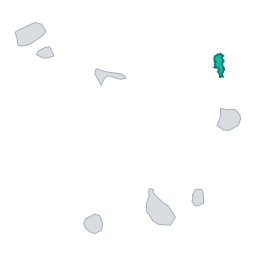 location of Nossa Senhora Das Dores, Sal, Cabo Verde
{"feature_id": "66160863B51777192933696", "entity_name": "Nossa Senhora Das Dores", "entity_type": "district", "adm_level": 2, "iso_a3": "CPV", "parent_name": "Cabo Verde", "parent_adm1": "Sal", "projection": "albers", "projection_center": [-22.934, 16.721], "detail": "fine", "context": "in_parent", "style": "filled", "palette": "teal", "viewbox_px": 256, "rotation_deg": 0, "n_neighbors": 0, "source": "geoboundaries", "source_scale": "gbopen_adm2", "svg_char_len": 4442}
<svg xmlns="http://www.w3.org/2000/svg" viewBox="0 0 256 256"><path d="M175.5,217.1L170.3,225.2L159.0,224.5L153.2,221.1L146.4,210.8L146.6,203.0L149.1,196.1L148.7,190.2L149.6,188.6L153.1,189.6L153.7,193.6L163.9,203.5L167.8,205.4L175.5,217.1ZM29.8,44.4L21.5,46.1L18.0,45.2L17.0,38.1L15.4,33.5L15.8,31.4L34.8,22.5L41.4,24.1L46.0,31.4L42.8,35.4L29.8,44.4ZM220.6,108.3L227.7,109.9L230.4,109.3L234.9,109.6L239.7,114.3L240.6,119.2L238.2,125.4L228.9,130.5L223.4,129.9L217.0,125.3L220.7,116.1L220.6,108.3ZM101.5,230.1L94.8,233.5L90.1,231.9L85.7,228.4L83.7,223.4L85.4,219.0L94.4,214.0L99.8,215.7L102.6,223.7L101.5,230.1ZM121.3,73.9L124.8,76.5L125.9,78.4L120.7,79.3L108.1,75.8L104.7,77.9L101.3,85.2L94.9,74.0L95.4,70.0L96.8,68.8L105.7,71.8L121.3,73.9ZM198.0,205.7L195.6,206.0L192.0,202.0L192.8,196.5L192.4,195.0L195.6,189.2L201.8,189.7L203.3,194.0L203.6,203.1L198.0,205.7ZM53.6,56.0L46.6,58.1L42.3,57.7L36.2,54.5L38.2,51.2L44.9,47.5L49.5,46.8L53.2,53.5L53.6,56.0ZM223.1,70.9L220.4,75.4L217.0,68.8L215.2,67.2L214.4,57.6L219.3,54.8L221.7,54.5L221.7,64.4L223.1,70.9Z" fill="#d9dde1" stroke="#a8b0b8" stroke-width="1"/><path d="M221.7,54.7L221.4,54.6L221.5,54.7L221.4,54.7L221.4,54.8L221.2,54.7L221.1,54.1L221.0,53.9L220.8,53.8L220.7,53.8L220.5,53.6L220.4,53.5L220.2,53.6L220.3,53.7L220.2,53.7L220.2,53.9L220.1,54.0L219.9,54.2L219.7,54.3L219.3,54.4L219.2,54.4L218.9,54.6L218.5,54.8L218.4,54.8L218.5,54.8L218.4,54.8L218.2,54.8L218.2,54.7L217.8,54.6L217.7,54.4L217.5,54.8L217.3,54.9L217.2,55.0L216.8,55.3L216.5,55.5L216.5,55.4L216.4,55.5L216.2,55.6L215.7,55.7L215.4,55.7L215.2,55.9L215.0,56.0L214.9,56.0L214.8,56.3L214.8,56.6L214.7,56.7L214.6,57.0L214.2,57.4L214.2,57.5L214.2,57.8L214.2,58.0L214.2,58.3L214.2,58.5L214.3,58.5L214.1,58.6L214.1,59.0L214.2,59.3L214.2,59.5L214.3,59.6L214.2,59.6L214.3,59.6L214.3,59.8L214.3,60.0L214.4,60.4L214.5,60.4L214.5,60.5L214.5,60.8L214.8,61.0L214.7,61.0L214.4,61.2L214.4,61.3L214.4,61.5L214.5,61.7L214.4,61.7L214.5,61.7L214.5,62.0L214.7,62.3L214.8,62.4L215.0,62.4L215.1,62.6L215.1,62.4L215.4,62.4L215.5,62.6L215.5,63.0L215.3,63.2L215.3,63.3L215.2,63.3L215.2,63.5L215.4,63.7L215.4,63.8L215.1,63.8L215.0,64.0L214.7,64.3L214.6,64.5L214.9,65.0L215.0,65.5L215.4,65.7L215.6,66.2L215.5,66.3L215.2,66.3L214.9,66.5L214.7,66.9L214.7,67.1L214.5,67.3L214.7,67.6L214.9,67.6L215.0,67.7L215.3,67.8L215.3,67.7L215.5,67.7L216.0,67.5L216.1,67.3L216.7,67.4L216.8,67.3L217.1,67.5L217.1,67.4L217.4,67.5L217.6,67.6L217.9,67.6L218.3,67.9L218.4,68.0L218.7,68.2L218.7,68.3L218.9,68.7L218.9,68.8L218.9,69.1L219.0,69.1L219.0,69.3L219.0,69.6L219.1,69.8L218.9,70.1L218.8,70.4L218.9,70.5L218.6,70.8L218.6,71.0L218.3,71.1L218.3,71.3L218.0,71.3L217.9,71.5L218.1,71.5L218.2,71.8L218.2,72.1L218.2,72.3L218.3,72.3L218.3,72.5L218.7,73.0L218.8,72.9L218.9,73.1L219.1,73.2L219.4,73.9L219.6,74.4L219.7,74.8L219.6,75.4L219.5,75.6L219.7,75.8L219.7,76.1L219.7,76.5L219.6,77.0L219.8,77.3L220.0,77.4L220.3,77.4L220.5,77.3L220.6,77.0L220.8,76.8L221.1,76.5L221.4,76.4L221.7,76.4L221.8,76.5L222.0,76.5L222.5,76.6L222.7,76.8L223.0,76.9L223.3,76.7L223.2,76.5L223.1,76.4L223.0,76.2L222.8,75.8L222.7,75.7L222.4,75.1L222.2,74.6L222.1,74.2L222.1,73.9L222.1,73.7L222.0,73.2L222.2,72.8L222.2,72.7L222.3,72.7L222.5,72.5L222.5,72.4L222.8,72.3L223.0,72.3L223.2,72.2L223.3,72.1L223.2,71.9L223.2,71.6L223.1,71.4L223.3,71.1L223.6,70.8L223.6,70.7L223.8,70.5L223.8,70.4L224.0,70.3L224.0,70.2L224.0,70.3L224.0,70.2L224.4,70.0L224.4,69.8L224.3,69.7L224.1,69.3L224.0,69.1L223.9,69.0L224.0,68.9L223.8,68.8L223.8,68.7L223.7,68.7L223.8,68.5L223.7,68.4L223.7,68.2L223.8,68.1L223.8,67.9L223.7,67.9L223.8,67.8L223.7,67.7L223.8,67.6L223.6,67.4L223.4,67.2L222.8,66.3L222.8,66.2L222.7,65.7L222.7,65.4L222.5,65.2L222.4,64.9L222.4,64.7L222.1,64.3L222.2,64.2L222.4,64.1L222.5,64.0L222.6,63.9L222.6,63.5L222.5,63.3L222.5,63.1L222.3,63.0L222.4,62.8L222.2,62.7L222.3,62.5L222.3,62.4L222.5,62.3L222.4,62.2L222.5,61.9L222.8,61.8L222.9,61.7L222.9,61.8L222.9,61.7L223.2,61.9L223.3,61.9L223.5,61.9L223.4,61.7L223.5,61.6L223.6,61.1L223.8,60.9L223.7,60.7L223.3,60.5L223.4,60.4L223.2,60.4L223.1,60.0L222.9,59.6L222.8,59.3L222.5,58.8L222.5,58.5L222.4,58.5L222.3,58.4L222.2,58.3L222.0,58.2L221.8,57.9L222.0,57.9L222.0,57.7L222.3,57.3L222.3,56.7L222.5,56.6L222.8,56.4L222.7,56.4L222.7,56.2L222.8,56.0L222.8,55.9L222.7,55.7L223.0,55.4L222.9,55.3L222.6,55.2L222.5,55.3L222.4,55.3L221.9,55.1L221.7,54.9L221.7,54.7ZM214.2,67.2L214.1,67.3L214.3,67.3L214.2,67.2Z" fill="#14b8a6" stroke="#0f766e" stroke-width="1.5"/></svg>